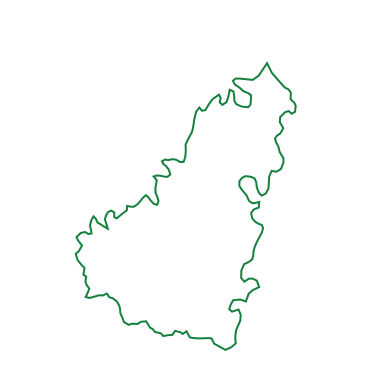 outline of Estrela Velha, Rio Grande do Sul, Brazil, rotated 199°
{"feature_id": "56859067B2904675131057", "entity_name": "Estrela Velha", "entity_type": "district", "adm_level": 2, "iso_a3": "BRA", "parent_name": "Brazil", "parent_adm1": "Rio Grande do Sul", "projection": "equal_earth", "projection_center": [-53.174, -29.247], "detail": "fine", "context": "isolated", "style": "outline", "palette": "green", "viewbox_px": 384, "rotation_deg": 199, "n_neighbors": 0, "source": "geoboundaries", "source_scale": "gbopen_adm2", "svg_char_len": 3011}
<svg xmlns="http://www.w3.org/2000/svg" viewBox="0 0 384 384"><g transform="rotate(199 192 192)"><path d="M286.5,111.7L284.0,109.1L278.6,105.6L279.7,99.2L281.9,95.8L278.0,90.4L272.7,87.1L268.9,85.2L267.7,78.4L264.5,77.5L263.5,72.4L261.1,69.6L257.7,67.3L257.8,63.2L258.3,58.1L254.3,58.5L246.0,64.2L242.5,65.2L239.4,68.3L236.1,65.6L232.1,65.7L227.4,64.0L224.6,61.6L222.6,59.3L220.1,53.8L217.1,50.7L214.1,47.0L208.7,45.8L205.3,48.2L200.5,49.5L198.1,52.6L193.3,54.8L187.4,50.0L184.7,49.7L181.7,47.7L175.0,48.2L172.3,46.4L168.2,48.7L164.1,50.5L162.8,55.2L157.3,55.6L154.6,54.8L151.8,58.5L146.7,53.8L142.8,54.4L136.7,56.2L128.7,59.3L125.8,59.9L121.6,55.8L109.0,53.6L104.6,57.7L101.3,63.2L103.3,67.3L104.4,71.1L105.3,75.7L104.5,86.3L106.0,91.9L109.8,96.0L115.2,91.9L118.7,93.3L118.7,98.0L117.8,103.1L111.4,106.0L105.4,106.0L105.3,114.4L102.6,119.0L97.5,124.0L101.9,129.3L106.4,129.9L110.1,128.5L113.3,124.2L117.5,126.7L119.8,134.0L119.2,140.8L115.7,144.1L113.2,147.8L113.4,151.8L114.5,155.9L114.8,160.6L114.4,165.8L112.7,176.9L113.2,181.3L115.4,183.6L118.8,183.6L122.7,184.5L126.6,186.9L129.3,191.4L127.9,195.6L123.8,199.1L125.2,204.5L128.3,202.4L131.3,201.0L135.3,202.2L139.2,206.5L141.9,208.1L146.3,210.8L149.3,213.3L150.7,217.8L149.3,221.6L146.8,224.3L143.8,225.1L140.7,225.6L137.2,225.2L134.4,222.1L132.2,217.4L128.1,212.7L124.9,211.3L121.8,214.5L120.8,220.0L122.5,226.4L124.0,231.7L123.6,237.8L118.8,238.7L115.4,242.6L115.1,249.4L116.6,253.8L120.0,256.5L122.3,258.6L125.3,263.3L128.8,266.5L131.0,269.7L129.9,273.1L127.7,275.8L126.4,282.1L131.7,286.6L133.0,291.5L130.0,297.7L126.9,300.0L123.3,298.4L120.7,301.4L122.0,307.3L124.2,309.6L129.0,311.8L130.8,318.0L134.0,320.4L138.0,321.0L140.7,322.3L155.2,330.6L163.0,338.2L166.8,323.7L171.0,317.8L184.1,314.7L187.7,313.4L189.5,310.5L186.4,307.5L183.6,306.9L180.4,305.9L176.1,304.0L171.1,303.8L167.8,302.8L166.4,298.7L165.2,293.8L166.4,290.5L169.1,289.8L172.2,289.1L175.0,289.1L178.8,289.5L181.6,292.0L183.5,296.8L185.6,300.6L189.6,300.9L188.7,294.6L188.6,288.3L191.6,284.3L195.0,285.8L195.6,290.4L198.2,292.8L202.5,286.9L203.7,283.7L204.9,279.3L206.1,273.7L209.0,272.1L212.5,274.2L214.2,269.6L213.8,264.5L213.4,260.5L212.4,256.0L211.7,251.0L211.7,247.4L212.4,243.8L213.0,239.7L213.5,234.8L211.3,228.9L209.8,223.1L209.7,217.8L213.2,216.4L216.0,217.2L219.1,217.2L221.8,216.3L224.8,214.5L228.0,213.9L230.4,211.3L228.0,209.0L224.9,208.0L221.1,205.5L218.2,201.4L220.2,198.3L223.2,197.5L227.3,197.1L230.7,196.1L233.3,194.2L229.1,191.6L228.0,184.4L226.2,179.4L223.6,176.6L220.8,172.7L220.7,168.6L224.0,168.3L228.0,170.3L231.4,172.7L234.5,174.0L236.6,170.4L238.0,166.2L239.7,162.5L242.1,159.2L244.9,158.2L248.8,157.7L247.7,153.5L250.3,149.6L252.6,145.9L254.6,142.6L257.4,143.0L258.8,147.3L262.4,148.1L264.9,145.7L265.6,141.7L265.5,137.9L263.1,134.6L259.7,129.9L264.1,130.7L267.4,131.6L271.4,132.4L274.4,135.5L277.2,136.9L278.0,132.2L277.5,127.0L275.6,124.0L273.5,120.1L276.4,118.5L279.9,119.4L283.8,117.1L286.5,111.7Z" fill="none" stroke="#15803d" stroke-width="2"/></g></svg>